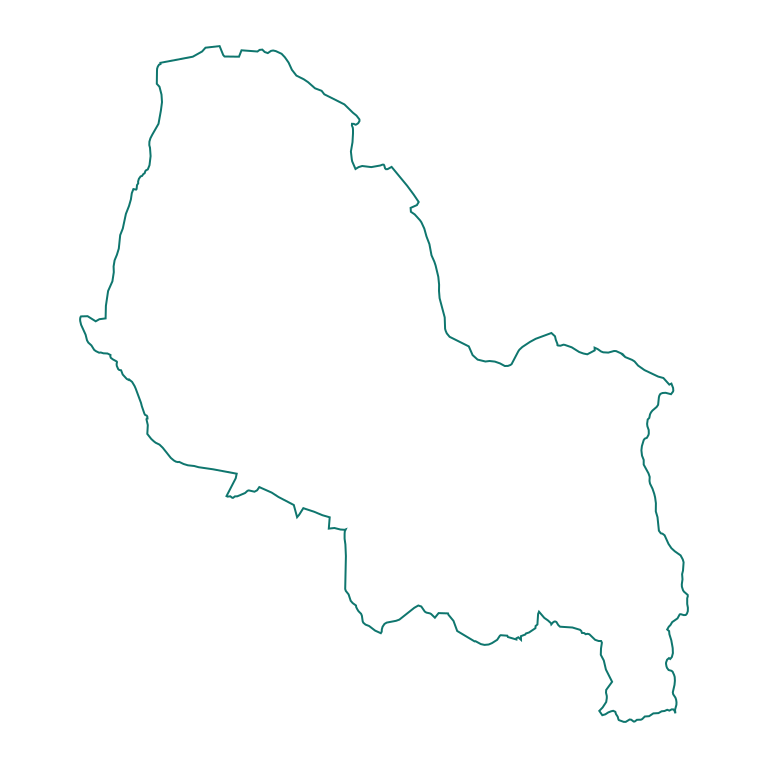 Ubaque, Cundinamarca, Colombia
{"feature_id": "7082276B28126583048920", "entity_name": "Ubaque", "entity_type": "district", "adm_level": 2, "iso_a3": "COL", "parent_name": "Colombia", "parent_adm1": "Cundinamarca", "projection": "equal_earth", "projection_center": [-73.951, 4.501], "detail": "fine", "context": "isolated", "style": "outline", "palette": "teal", "viewbox_px": 768, "rotation_deg": 0, "n_neighbors": 0, "source": "geoboundaries", "source_scale": "gbopen_adm2", "svg_char_len": 6076}
<svg xmlns="http://www.w3.org/2000/svg" viewBox="0 0 768 768"><path d="M257.5,51.5L241.5,50.3L239.0,56.7L224.5,56.5L223.2,55.0L219.6,46.1L205.5,47.7L202.1,51.5L192.8,56.7L160.4,62.8L160.5,64.1L159.0,64.7L157.8,66.6L157.1,68.7L157.0,70.8L156.8,83.8L159.5,86.8L161.5,94.6L162.0,102.1L160.9,110.5L158.5,123.8L152.2,134.8L150.4,138.3L149.4,141.7L149.3,145.1L150.0,147.8L150.6,156.1L149.5,165.2L147.8,169.4L145.9,170.4L145.3,171.2L144.6,173.3L143.3,174.1L142.1,175.9L140.6,176.4L138.9,178.8L138.1,181.5L138.2,183.4L137.0,185.1L136.6,189.0L136.1,189.6L133.4,189.1L131.8,193.2L130.9,199.4L129.0,206.0L125.9,213.9L122.8,228.5L120.2,235.1L118.8,248.6L116.9,254.8L114.6,260.3L113.6,266.4L113.8,272.2L112.4,281.3L108.1,291.0L105.9,305.8L105.6,318.4L99.4,319.2L95.7,321.3L87.6,316.2L81.0,316.4L80.4,317.3L80.1,319.1L80.2,321.0L81.1,324.8L85.6,334.7L87.0,340.3L88.3,342.6L91.4,345.4L94.2,349.9L96.0,351.2L99.1,352.7L100.8,352.5L103.4,353.3L107.5,353.5L110.5,355.0L110.3,356.3L110.8,357.8L112.9,359.4L116.6,361.4L117.0,362.0L116.6,364.1L116.8,365.9L118.2,369.1L119.3,370.0L121.1,370.3L122.7,374.5L126.7,378.9L128.8,380.0L129.1,379.5L132.1,381.9L134.6,386.1L135.7,388.6L141.0,402.9L141.8,406.1L144.4,413.7L145.1,414.9L146.7,415.6L147.3,416.5L147.5,418.5L146.7,418.6L146.5,419.5L147.8,425.1L147.3,433.9L151.2,438.9L153.7,441.2L155.6,442.7L159.5,444.6L162.7,447.7L170.8,457.9L173.9,460.5L175.8,461.6L177.9,462.1L179.2,461.9L183.6,464.0L187.9,465.3L194.2,466.0L198.6,467.2L213.1,469.3L236.7,473.7L235.7,478.3L226.5,496.1L227.5,496.6L230.3,496.3L232.3,497.8L233.1,497.8L234.9,496.4L237.3,496.3L245.1,493.0L247.5,490.8L248.8,490.4L254.5,491.7L257.1,490.3L259.3,487.1L271.7,492.6L278.5,497.0L293.8,505.0L297.1,517.2L299.2,514.7L303.3,508.2L314.0,511.7L322.4,515.2L329.7,517.3L328.8,528.6L334.4,528.0L340.4,529.5L344.7,529.8L345.7,529.4L344.8,531.3L344.6,534.0L344.6,538.7L345.4,544.5L345.9,556.1L345.2,589.0L345.8,590.9L348.6,594.4L350.7,600.8L352.7,603.1L356.0,605.5L356.2,607.1L357.3,609.3L358.5,611.2L361.1,613.8L361.9,615.8L362.7,621.4L363.3,622.7L365.5,624.6L369.1,626.0L375.1,630.6L380.8,633.2L381.7,631.7L381.8,629.5L382.6,626.7L384.5,623.9L386.7,622.6L396.1,620.8L399.4,619.6L414.3,607.8L418.3,605.5L421.3,606.5L424.8,611.6L426.4,612.6L430.0,613.4L431.1,614.0L434.9,617.7L438.6,613.1L448.0,613.4L448.4,614.7L453.5,620.9L457.2,631.0L474.6,641.4L475.5,641.2L480.9,644.1L484.5,644.9L488.7,644.5L492.0,643.1L497.2,639.8L499.9,635.7L500.7,635.2L507.3,635.7L507.9,637.0L516.4,639.5L516.4,638.3L518.3,637.3L521.0,639.8L520.9,636.2L525.3,634.5L525.9,633.5L529.0,632.5L535.4,628.2L535.6,626.0L537.4,624.5L538.1,614.0L539.0,611.7L544.3,617.9L547.9,620.4L551.0,623.2L551.3,624.4L553.1,622.3L554.4,621.5L555.4,621.5L556.4,622.0L558.3,625.1L560.0,626.7L572.4,627.5L580.0,629.8L581.3,631.0L581.9,632.9L584.3,633.1L585.6,634.2L587.7,633.8L589.4,634.3L595.1,639.8L598.6,641.0L601.1,641.0L601.9,642.7L601.0,648.5L600.8,654.8L603.8,660.5L605.9,669.5L612.1,681.8L606.2,689.9L606.0,692.7L606.8,696.0L606.8,698.1L606.2,702.0L602.6,707.5L599.3,710.9L602.3,715.2L605.4,714.3L608.3,712.4L611.1,711.3L613.2,710.8L615.3,711.8L616.0,714.1L617.7,716.7L618.5,719.6L618.9,720.1L623.8,721.9L625.7,721.9L629.6,719.5L631.2,719.7L633.6,721.5L634.7,721.5L637.0,719.8L640.9,719.7L642.2,719.1L644.8,716.5L649.1,716.2L653.3,713.4L658.5,713.1L661.6,711.3L664.5,711.0L667.2,709.8L669.4,710.6L671.6,709.4L673.3,709.4L674.4,710.5L675.4,713.3L675.0,709.9L676.4,704.8L676.5,702.3L676.1,699.6L675.4,697.6L673.2,694.3L672.8,692.3L674.5,684.9L674.9,680.8L674.7,677.0L674.1,675.0L672.6,671.7L671.5,670.8L668.6,670.0L667.1,668.0L666.5,666.5L666.0,663.7L666.1,662.4L667.1,659.7L669.0,658.1L670.2,659.0L670.9,658.2L671.9,656.9L672.9,653.1L672.7,648.1L671.3,640.3L669.4,634.2L669.1,631.1L667.2,629.5L668.8,626.7L670.4,625.1L672.2,622.1L677.5,618.4L679.7,614.4L680.8,614.2L683.8,615.1L685.7,615.0L686.9,613.7L687.8,611.2L687.9,607.8L687.2,604.0L687.2,598.3L687.8,596.3L687.7,594.9L683.9,591.6L683.0,590.2L681.9,586.7L681.8,584.3L682.5,579.3L682.1,574.2L683.0,570.6L683.6,562.3L682.8,559.5L680.6,555.4L674.8,551.3L671.4,548.2L668.5,543.9L664.6,535.3L662.5,533.7L660.8,533.3L658.9,530.7L657.5,517.2L655.8,511.4L655.9,503.2L655.1,497.4L654.2,493.7L652.5,488.7L650.0,483.6L649.5,481.0L649.7,476.9L648.5,473.4L643.7,464.6L643.7,459.9L642.0,455.6L641.4,450.3L641.9,446.1L643.7,440.1L644.7,438.7L646.9,437.8L648.5,434.9L648.8,433.4L648.7,430.0L647.4,426.3L647.1,423.9L647.7,419.5L649.3,417.9L650.0,414.4L651.0,412.4L652.4,410.6L656.7,406.9L658.1,404.8L658.9,397.3L659.4,395.5L660.4,393.9L662.5,393.0L665.6,392.8L671.0,394.2L673.0,391.6L673.3,390.7L673.1,388.0L671.4,383.6L669.3,384.6L663.4,378.0L658.2,376.6L644.5,370.1L638.1,365.6L634.5,361.4L632.1,359.9L625.3,357.1L623.0,355.1L623.5,355.1L622.5,354.0L616.1,351.1L614.0,351.0L608.3,352.6L603.2,352.3L601.1,351.5L597.7,349.1L594.6,347.7L594.7,350.4L587.3,354.3L583.4,353.5L579.2,352.0L571.7,347.3L564.8,344.9L563.4,344.7L560.5,345.7L557.9,345.5L557.4,345.1L557.4,343.9L555.8,339.8L555.0,336.3L551.4,333.0L535.7,338.8L530.0,341.9L522.3,347.0L519.4,349.7L518.3,351.3L511.6,364.1L510.4,365.0L508.0,365.9L504.8,366.0L500.0,363.4L494.9,361.6L489.6,361.0L485.4,361.5L477.6,359.6L472.6,355.1L468.8,346.4L449.6,336.8L446.8,333.4L445.7,330.9L445.1,328.8L444.7,317.4L439.6,298.2L439.0,290.9L439.1,284.7L438.3,276.8L435.6,265.5L434.3,261.6L431.5,255.3L429.4,244.1L426.5,236.5L424.3,228.6L421.4,222.3L420.1,220.4L414.7,214.4L410.9,211.8L410.6,207.9L416.9,205.1L418.7,202.0L413.7,194.6L407.2,185.8L391.6,166.9L387.6,169.1L386.0,169.2L385.1,168.4L384.2,165.3L383.7,164.7L382.3,164.7L380.3,165.5L371.3,167.1L362.2,166.0L358.6,167.1L355.5,169.0L352.2,161.4L351.8,159.4L350.9,151.5L352.5,142.2L353.0,133.4L353.0,129.7L352.8,127.7L351.9,125.5L352.0,123.8L353.9,123.9L355.4,124.7L356.3,124.5L358.2,123.2L359.5,121.0L359.4,119.4L356.5,115.6L352.9,112.7L344.4,104.4L324.3,94.3L321.6,90.8L315.0,88.3L308.1,82.2L303.8,79.3L296.4,75.6L291.9,69.8L288.6,62.6L284.9,57.3L281.6,53.8L275.8,51.1L273.1,50.5L271.0,50.9L267.8,53.1L264.7,52.0L262.3,49.6L259.6,49.9L257.5,51.5Z" fill="none" stroke="#0f766e" stroke-width="2"/></svg>